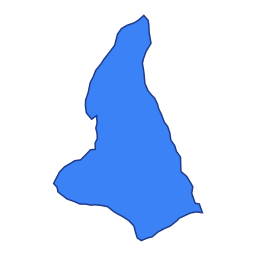 Dolcinópolis, São Paulo, Brazil (Robinson projection)
{"feature_id": "56859067B60729882728562", "entity_name": "Dolcinópolis", "entity_type": "district", "adm_level": 2, "iso_a3": "BRA", "parent_name": "Brazil", "parent_adm1": "São Paulo", "projection": "robinson", "projection_center": [-50.529, -20.106], "detail": "fine", "context": "isolated", "style": "filled", "palette": "blue", "viewbox_px": 256, "rotation_deg": 0, "n_neighbors": 0, "source": "geoboundaries", "source_scale": "gbopen_adm2", "svg_char_len": 1212}
<svg xmlns="http://www.w3.org/2000/svg" viewBox="0 0 256 256"><path d="M199.3,204.0L195.2,203.3L191.7,193.4L192.8,186.8L190.6,182.8L186.7,176.4L180.9,171.4L180.7,163.7L180.5,157.1L176.5,151.5L174.6,145.5L170.8,140.1L169.8,132.8L167.7,126.7L164.3,122.1L161.1,113.7L158.8,109.2L157.4,104.0L154.7,98.2L151.2,94.7L148.1,90.8L144.9,83.5L144.0,73.5L143.3,68.5L142.4,63.6L143.3,59.1L145.9,51.8L151.0,43.2L149.2,32.9L148.8,25.1L148.1,20.3L143.8,15.4L138.3,20.3L133.8,23.0L126.8,25.4L121.5,28.6L117.6,34.0L114.7,45.3L109.8,51.8L107.2,55.2L104.3,58.8L101.2,63.6L95.8,70.3L93.1,77.1L90.2,82.7L88.2,92.6L85.6,100.2L85.4,106.1L86.4,112.9L91.6,119.2L96.6,115.7L97.1,123.3L95.8,128.1L97.1,133.5L97.3,138.5L95.1,143.1L95.3,149.4L90.6,149.7L86.1,154.4L80.6,159.9L74.8,160.7L69.9,163.7L64.7,166.7L59.6,171.9L53.6,183.5L57.0,187.1L58.0,191.9L61.5,194.7L67.1,199.0L73.7,201.3L79.9,204.0L85.7,204.1L90.7,205.1L95.5,204.8L101.3,205.4L107.8,206.8L113.6,211.5L117.6,213.9L122.2,216.3L128.6,220.4L133.9,225.9L135.9,233.5L137.3,237.9L141.3,240.6L147.1,238.1L152.2,236.8L157.6,232.2L163.4,229.0L170.4,225.9L176.4,221.1L179.4,218.1L190.4,213.0L196.2,211.9L202.4,212.7L199.3,204.0Z" fill="#3b82f6" stroke="#1e3a8a" stroke-width="1.5"/></svg>